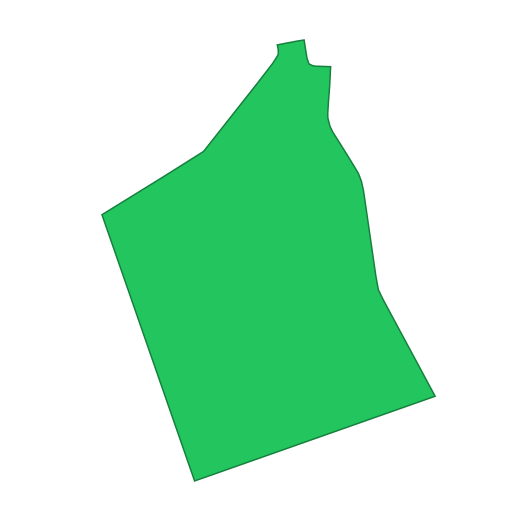 El Mina, Nouakchott, Mauritania, rotated 341°
{"feature_id": "47542326B34919448738513", "entity_name": "El Mina", "entity_type": "district", "adm_level": 2, "iso_a3": "MRT", "parent_name": "Mauritania", "parent_adm1": "Nouakchott", "projection": "orthographic", "projection_center": [-15.982, 18.027], "detail": "fine", "context": "isolated", "style": "filled", "palette": "green", "viewbox_px": 512, "rotation_deg": 341, "n_neighbors": 0, "source": "geoboundaries", "source_scale": "gbopen_adm2", "svg_char_len": 600}
<svg xmlns="http://www.w3.org/2000/svg" viewBox="0 0 512 512"><g transform="rotate(341 256 256)"><path d="M388.2,101.3L373.6,95.7L371.1,94.1L368.6,91.5L368.6,88.5L368.6,85.9L369.6,79.8L371.8,67.4L363.2,65.9L362.8,65.9L344.9,63.3L344.2,68.2L342.8,72.3L341.0,74.2L334.2,79.5L312.0,94.1L240.4,140.1L192.5,151.3L123.8,166.8L124.7,448.7L379.7,446.9L362.1,339.2L360.7,327.9L362.8,314.0L377.2,238.3L379.0,228.5L380.0,219.5L379.7,211.2L376.4,195.8L372.5,178.8L368.9,163.8L368.2,157.4L368.9,148.7L370.4,144.2L374.3,134.8L381.1,119.0L388.2,101.3Z" fill="#22c55e" stroke="#15803d" stroke-width="1.5"/></g></svg>